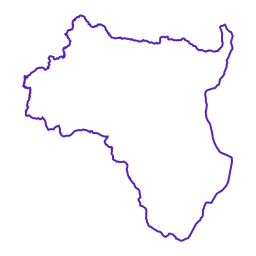 the district of Villamaria, Caldas, Colombia
{"feature_id": "7082276B7776836926778", "entity_name": "Villamaria", "entity_type": "district", "adm_level": 2, "iso_a3": "COL", "parent_name": "Colombia", "parent_adm1": "Caldas", "projection": "natural_earth1", "projection_center": [-75.477, 4.926], "detail": "fine", "context": "isolated", "style": "outline", "palette": "violet", "viewbox_px": 256, "rotation_deg": 0, "n_neighbors": 0, "source": "geoboundaries", "source_scale": "gbopen_adm2", "svg_char_len": 5606}
<svg xmlns="http://www.w3.org/2000/svg" viewBox="0 0 256 256"><path d="M24.7,76.1L24.6,78.1L25.2,79.4L24.7,80.0L24.8,80.4L24.5,81.0L24.7,82.1L24.1,82.5L24.4,83.2L24.0,83.6L24.1,84.2L23.5,84.9L23.7,85.4L23.4,86.0L24.1,86.2L24.2,86.9L24.8,87.0L24.9,87.5L25.6,87.5L25.8,87.2L26.1,87.8L26.9,87.5L27.8,88.4L30.1,87.8L30.5,89.7L30.0,91.4L30.4,92.2L30.4,92.9L30.0,93.2L30.0,93.8L29.7,94.1L29.4,95.4L30.0,96.0L30.0,96.8L29.2,97.4L29.4,98.2L29.1,98.9L29.3,99.3L27.6,101.9L27.7,103.0L27.1,104.3L27.1,105.6L27.3,105.5L27.9,106.5L28.0,107.8L27.3,108.5L27.0,109.4L26.6,109.7L26.4,110.7L25.8,111.2L26.1,111.9L25.8,112.6L25.9,114.8L26.1,115.5L27.2,115.9L29.1,115.3L32.5,118.0L35.1,118.3L36.6,118.8L38.4,118.1L39.9,119.3L41.5,118.8L42.5,117.5L45.1,120.7L45.7,122.8L45.9,125.4L47.3,127.7L48.0,129.5L48.4,129.8L50.9,129.1L52.7,129.4L53.8,129.1L54.2,128.7L54.6,127.7L55.3,127.2L57.0,126.2L58.9,125.8L59.2,127.3L60.0,128.8L59.8,130.9L60.3,132.2L60.0,132.9L60.8,133.7L61.6,135.4L63.5,136.4L64.9,136.3L65.9,135.8L69.3,135.7L71.2,134.6L74.4,131.4L76.2,130.6L78.6,130.1L80.9,130.4L83.1,129.5L86.8,130.3L90.2,132.1L90.7,131.1L91.7,131.1L92.1,131.3L93.2,133.0L97.4,133.2L101.7,135.6L104.0,136.4L105.3,136.6L107.7,136.5L107.7,137.0L107.0,137.7L106.7,138.7L105.0,140.5L104.6,141.7L105.8,144.5L106.6,144.6L107.2,145.1L108.4,146.7L109.7,147.3L110.4,147.1L111.1,147.3L111.6,147.1L112.1,147.7L112.3,148.6L111.6,149.5L112.0,150.9L111.5,153.2L111.7,154.1L112.4,154.8L113.0,156.5L113.1,157.9L112.9,158.7L113.2,159.4L114.4,160.3L115.5,160.6L117.1,161.8L118.2,161.5L119.6,162.1L123.9,161.6L125.9,162.9L127.5,165.1L127.2,167.6L126.7,168.6L126.8,170.2L127.3,171.3L127.5,173.4L128.3,175.9L129.0,177.0L129.4,178.4L129.6,178.6L130.1,178.4L130.7,180.3L131.7,181.2L132.5,182.6L134.1,183.8L134.8,186.2L135.5,187.4L136.9,188.6L138.1,188.9L139.5,191.1L139.7,193.9L140.5,197.3L138.7,198.9L138.4,199.5L138.5,200.1L140.1,202.7L140.3,205.6L142.4,206.2L145.0,207.8L146.1,209.4L146.4,212.4L146.3,213.4L146.0,214.1L146.3,215.0L146.1,218.9L146.8,220.2L147.0,222.0L147.9,223.6L148.6,225.7L150.4,226.9L151.0,226.9L154.6,229.5L155.9,230.0L157.1,231.1L158.7,231.7L159.9,231.7L161.0,232.4L162.9,235.2L164.9,236.7L165.7,236.9L166.5,236.4L168.2,235.2L168.9,233.9L169.7,233.5L173.2,234.7L174.3,236.0L175.6,237.0L176.1,238.6L177.7,239.0L180.3,240.6L182.3,240.6L184.8,239.3L188.2,238.0L189.8,235.7L195.9,224.2L198.2,221.7L200.1,220.2L200.9,218.1L201.9,217.3L202.5,216.4L203.1,213.1L203.1,212.1L202.8,210.6L203.0,209.8L203.6,209.1L204.2,206.4L206.1,202.8L207.0,202.5L211.4,202.8L216.7,193.7L221.8,190.6L223.0,189.6L225.9,186.2L227.3,183.9L228.2,181.7L232.0,161.8L231.7,157.5L227.3,155.3L220.3,152.3L219.2,151.1L216.4,146.7L214.6,143.3L212.9,138.1L212.1,132.8L210.2,124.6L209.8,123.5L207.8,120.7L206.2,117.0L206.3,115.5L206.0,115.0L206.1,114.7L205.6,111.7L206.1,110.6L206.8,105.5L206.8,104.4L205.9,101.6L205.8,97.6L205.2,95.3L205.2,93.6L205.8,91.6L206.8,90.5L211.5,88.8L214.6,88.1L215.5,87.6L217.2,85.4L219.0,84.6L220.1,79.2L221.1,78.3L223.5,75.4L224.2,73.8L224.5,71.9L226.6,67.0L226.7,64.4L227.4,63.1L227.2,61.9L226.7,61.1L226.9,60.1L228.2,57.8L231.0,50.9L232.4,49.1L232.5,47.8L231.1,42.9L231.3,40.7L232.6,36.6L232.6,35.8L231.4,32.6L231.0,32.0L229.7,31.7L227.3,29.4L226.1,27.5L225.4,25.3L224.9,24.6L222.3,25.9L220.9,26.1L220.1,27.1L220.1,27.7L221.0,29.7L222.0,33.0L222.2,34.7L222.0,35.5L222.0,41.1L222.4,41.8L222.7,43.3L222.5,45.0L221.5,47.0L220.3,48.0L219.8,48.9L218.7,49.5L218.2,50.9L217.1,50.9L216.4,51.3L215.4,51.2L214.9,51.7L212.9,51.4L210.9,50.5L208.3,50.5L207.8,51.1L207.1,51.0L206.8,51.3L205.5,51.5L201.4,49.9L199.9,50.4L198.8,50.0L197.1,48.8L195.7,46.3L193.2,45.8L192.2,44.4L190.6,44.0L189.0,42.7L188.7,41.6L185.0,39.9L184.3,38.7L183.7,38.4L182.3,38.7L181.2,40.0L180.5,40.0L179.4,40.4L177.9,40.0L176.4,40.5L174.8,40.1L173.4,40.2L172.7,39.5L171.6,39.1L170.0,39.5L168.7,39.4L168.1,38.8L168.1,37.6L167.9,37.0L167.2,36.6L165.1,37.4L164.5,37.3L163.9,36.7L162.3,36.8L160.8,37.4L160.2,38.2L160.1,41.8L159.6,43.2L157.6,43.5L156.6,42.8L154.4,43.7L151.3,42.3L149.4,42.6L147.5,41.2L147.0,41.3L145.9,40.6L144.5,40.8L143.2,40.0L141.8,41.4L140.4,41.3L139.1,41.6L137.1,40.7L135.9,40.6L135.2,40.3L133.6,40.4L132.1,39.2L130.8,39.7L129.4,38.9L127.6,38.9L124.1,38.2L122.0,38.8L121.4,38.5L120.9,37.6L120.1,37.8L119.4,37.6L118.7,38.1L117.8,37.9L115.3,38.4L113.9,37.9L111.7,37.5L111.1,37.1L110.0,35.1L109.1,34.9L108.9,33.5L108.4,33.6L108.0,33.3L107.0,30.8L106.2,30.5L105.2,27.5L104.0,26.1L100.0,24.2L98.9,24.9L97.7,24.5L97.1,25.8L96.4,26.2L95.2,26.0L94.4,26.9L93.3,27.0L91.4,26.6L90.6,25.9L90.1,24.5L88.7,24.3L88.4,22.2L86.3,20.9L86.1,19.6L85.2,19.1L85.0,17.8L84.5,17.0L83.8,16.4L82.1,16.0L81.2,15.4L79.8,15.6L79.1,16.9L77.4,16.9L76.3,18.2L75.3,18.6L74.9,20.2L73.8,20.0L73.6,20.6L72.8,21.2L72.5,24.0L73.1,24.6L73.2,25.5L72.8,26.4L73.0,26.5L72.2,29.1L71.1,29.4L70.4,30.1L69.1,29.9L67.9,30.5L67.2,32.4L66.2,33.7L65.4,33.9L65.3,34.2L66.3,35.3L67.4,35.3L67.8,37.6L69.4,39.2L69.5,40.2L70.5,41.1L70.0,41.8L69.8,44.4L69.1,45.5L68.1,45.6L67.6,46.1L67.4,46.7L66.1,47.5L65.5,47.2L65.0,48.2L64.1,47.8L63.7,48.2L63.4,49.7L63.5,51.2L63.6,51.6L64.6,52.8L64.0,54.0L64.7,55.0L64.0,55.4L63.9,55.8L64.5,56.6L64.3,57.1L63.4,57.3L63.0,57.8L62.1,56.5L61.0,56.6L59.3,57.4L58.2,58.8L57.1,58.3L55.3,59.4L54.0,59.0L53.7,57.3L53.4,57.0L50.9,56.3L49.7,56.3L48.6,58.4L49.7,59.8L50.0,61.0L49.6,62.1L48.5,62.9L49.5,64.6L48.0,66.8L48.6,67.6L48.5,68.2L47.0,68.4L46.1,69.6L45.4,69.8L44.5,69.3L43.8,68.1L43.2,67.8L41.5,67.4L40.5,67.9L39.0,67.7L38.2,68.2L36.9,68.5L34.7,70.9L31.3,72.9L29.8,75.0L28.7,75.2L27.7,76.0L27.5,77.2L27.0,77.8L26.5,77.6L26.1,76.4L24.7,76.1Z" fill="none" stroke="#5b21b6" stroke-width="2"/></svg>